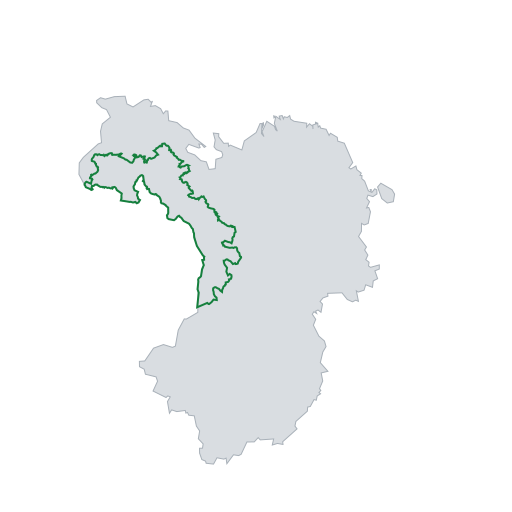 where Inner Mongol sits in China, rotated 255°
{"feature_id": "CHN-1838", "entity_name": "Inner Mongol", "entity_type": "Autonomous Region", "adm_level": 1, "iso_a3": "CHN", "parent_name": "China", "parent_adm1": "", "projection": "albers", "projection_center": [116.94, 45.357], "detail": "fine", "context": "in_parent", "style": "outline", "palette": "green", "viewbox_px": 512, "rotation_deg": 255, "n_neighbors": 0, "source": "natural_earth", "source_scale": "10m", "svg_char_len": 9802}
<svg xmlns="http://www.w3.org/2000/svg" viewBox="0 0 512 512"><g transform="rotate(255 256 256)"><path d="M269.1,378.0L258.4,372.8L258.0,368.5L260.2,366.4L252.5,364.2L248.3,360.1L236.1,365.0L233.7,362.5L227.9,364.3L224.1,361.1L220.7,363.6L217.3,362.1L215.4,363.7L215.5,372.8L211.5,371.7L210.9,367.0L202.6,367.6L201.6,362.8L195.6,360.4L199.8,354.5L195.0,351.5L194.7,345.4L196.4,343.9L185.7,343.2L187.5,340.9L186.8,337.3L190.4,332.9L198.2,329.5L201.4,315.5L198.6,315.1L198.2,309.9L195.5,306.1L192.4,307.8L184.8,304.2L187.8,301.9L187.3,299.3L184.8,299.7L187.2,297.5L185.2,295.3L179.4,297.3L174.3,293.5L162.3,296.0L156.2,300.1L150.4,300.2L146.0,295.7L136.3,290.5L126.0,295.6L126.2,288.7L118.0,288.1L111.4,283.0L109.3,283.8L107.9,281.5L106.2,282.7L105.0,278.9L101.1,276.9L102.3,274.9L96.6,269.5L96.7,266.8L92.8,265.4L85.9,251.7L81.6,249.6L78.4,250.9L69.7,233.7L67.0,233.3L69.4,228.2L69.2,222.8L74.7,225.7L77.3,212.5L80.0,211.1L76.9,206.2L78.7,199.1L68.3,190.3L67.7,187.6L69.8,182.8L62.9,174.1L68.5,174.8L68.1,172.4L71.2,166.1L66.0,161.1L68.7,154.2L70.9,154.2L73.4,151.0L80.2,150.5L84.9,151.7L84.2,154.6L88.2,156.3L94.4,153.0L101.6,156.3L107.1,154.4L117.6,155.0L119.6,149.9L122.6,149.3L122.4,147.6L125.1,147.7L126.2,139.2L129.2,134.7L126.5,131.7L138.3,132.8L142.1,136.7L143.7,134.6L142.6,132.5L152.2,121.6L160.5,128.5L165.1,128.2L170.4,118.6L175.6,118.7L179.2,114.8L184.4,116.1L183.4,121.4L193.5,133.2L194.4,143.7L189.4,151.6L189.8,154.8L204.5,161.7L213.8,170.4L213.1,172.4L216.6,185.2L248.0,194.0L251.5,198.0L260.8,203.3L266.0,203.0L265.7,204.9L268.7,205.9L281.0,201.5L297.5,202.0L304.5,199.6L308.7,195.0L314.7,192.2L311.8,186.2L315.2,180.4L325.4,183.7L331.6,178.3L338.4,177.8L343.8,170.6L348.4,170.0L349.0,168.0L363.4,167.0L362.4,162.8L355.1,155.8L350.9,155.8L348.5,158.7L345.0,156.8L340.0,158.4L337.9,154.5L344.6,139.8L351.3,142.5L359.0,137.5L358.4,134.6L363.0,124.0L366.5,119.6L365.8,115.5L362.5,114.4L367.2,109.2L380.7,106.1L391.7,109.4L396.0,114.8L405.1,132.6L405.4,136.1L416.7,138.1L423.4,141.7L427.7,151.3L436.1,149.5L439.2,145.4L445.2,141.8L447.5,142.3L449.1,146.8L446.5,151.1L446.6,160.4L444.2,170.9L436.3,170.7L431.8,175.8L435.8,188.1L435.3,192.4L431.5,194.6L432.5,196.1L427.8,192.8L427.3,197.7L423.0,202.0L417.4,203.3L419.5,206.3L418.8,208.4L409.3,206.7L405.3,214.3L398.5,218.9L394.9,223.9L385.6,227.5L374.8,235.8L374.3,234.1L378.1,232.3L378.9,229.8L375.2,230.1L375.1,228.7L381.2,220.0L378.1,216.0L373.8,216.9L369.5,223.0L362.4,227.4L359.8,232.4L351.8,233.0L350.9,239.2L359.8,242.3L360.0,248.5L362.4,250.1L365.7,249.8L369.0,245.2L372.3,243.7L378.6,246.6L385.8,246.6L383.8,251.7L380.9,250.8L373.2,254.0L372.2,258.4L369.0,257.9L369.8,259.8L362.1,269.8L370.2,274.5L375.2,288.1L382.9,294.2L382.4,296.0L372.9,293.0L369.3,294.6L374.4,294.0L383.3,301.3L376.5,307.4L373.0,307.6L371.1,308.9L379.3,308.0L385.8,311.3L381.6,314.8L385.1,314.6L384.9,317.6L381.3,317.9L383.2,319.3L381.7,322.0L382.9,324.9L379.3,324.8L376.3,327.6L371.1,339.4L367.4,338.2L369.9,341.9L366.6,344.4L363.9,343.9L367.9,344.8L368.1,349.9L364.4,349.5L365.3,351.3L362.8,351.5L360.3,356.5L353.5,357.8L355.3,359.7L349.6,365.2L345.8,364.7L342.1,370.5L321.2,373.6L317.2,368.6L315.5,370.1L317.1,375.8L313.2,375.8L308.8,379.1L306.9,377.3L306.3,379.2L303.3,378.2L300.2,380.3L289.9,381.4L287.4,384.4L290.2,388.1L288.6,389.8L284.6,388.9L283.1,384.3L285.8,379.9L282.9,377.9L279.1,379.7L273.8,375.2L273.7,377.5L269.1,378.0ZM291.2,391.3L294.0,395.4L284.9,404.5L279.9,405.9L272.9,402.7L273.2,396.5L278.9,392.3L291.2,391.3ZM383.3,297.7L380.7,297.3L378.2,295.3L380.2,295.6L383.3,297.7ZM387.3,309.5L385.3,310.1L384.8,309.1L387.3,309.5ZM369.8,348.1L368.7,349.5L368.8,347.8L369.8,348.1ZM288.5,384.0L290.6,383.5L290.4,384.5L288.5,384.0Z" fill="#d9dde1" stroke="#a8b0b8" stroke-width="1"/><path d="M340.1,158.4L338.1,156.4L337.8,154.5L339.5,153.5L339.5,151.0L340.8,149.0L340.9,148.1L344.6,139.8L346.7,141.1L349.1,141.6L351.1,142.5L355.6,138.6L358.1,138.2L359.3,137.3L359.5,135.1L358.4,135.0L358.2,134.7L358.8,134.2L359.0,132.9L360.1,131.6L360.2,130.2L361.4,128.7L361.6,127.8L361.4,127.4L361.7,127.4L361.7,126.9L362.2,126.4L362.1,125.9L362.4,125.8L363.1,123.5L365.2,121.5L366.0,121.2L366.3,120.5L366.2,120.0L366.6,119.4L366.4,118.4L365.7,117.4L366.1,115.7L364.7,114.9L362.7,115.5L362.5,115.2L362.4,114.0L363.7,113.0L366.5,109.4L368.4,109.2L369.1,108.8L370.6,109.6L370.9,110.3L371.4,110.7L371.6,111.5L368.5,115.3L371.4,116.8L372.2,117.8L373.1,117.6L374.0,115.7L374.8,116.0L375.7,117.4L377.1,117.7L377.2,118.2L376.5,118.8L377.4,121.3L377.2,122.3L377.9,123.5L378.3,124.5L379.5,125.6L380.0,125.5L380.5,125.9L381.5,125.8L382.5,126.4L383.3,126.1L383.6,125.3L385.3,125.0L386.5,125.3L386.9,124.6L388.0,124.7L388.9,124.3L390.3,122.0L391.4,122.2L392.3,122.7L393.7,124.7L395.4,125.9L395.9,126.9L395.6,127.9L395.4,127.8L394.8,128.9L394.5,129.1L394.8,129.5L394.9,130.9L393.8,131.9L393.2,134.0L392.4,135.0L392.8,135.3L392.3,135.5L392.6,135.7L392.1,136.3L392.5,137.0L392.1,137.5L392.4,137.7L392.5,138.8L392.0,138.9L392.7,139.8L392.6,140.1L393.0,140.7L392.9,142.6L392.5,143.4L391.0,143.2L390.7,143.8L390.8,144.3L389.9,147.1L389.9,148.1L389.6,148.8L389.6,150.4L390.0,151.6L389.8,152.5L389.6,152.7L389.2,152.1L388.5,150.7L388.3,149.5L387.9,149.2L384.5,153.7L382.9,154.8L382.5,155.9L378.9,158.7L378.1,160.5L379.2,162.1L380.5,162.8L382.4,164.8L383.1,165.1L384.2,163.8L384.6,163.9L384.8,164.5L385.1,164.4L385.3,163.9L385.5,164.2L385.6,164.6L385.2,165.5L384.4,166.4L382.1,166.5L382.1,168.3L383.3,169.8L383.0,170.7L381.2,171.1L381.2,173.8L380.9,174.4L379.6,173.6L379.0,172.5L378.0,173.7L376.5,172.4L375.2,172.2L375.1,172.3L375.4,173.2L374.5,174.6L375.2,175.1L376.3,175.0L376.6,175.4L376.6,176.3L377.5,176.9L378.1,177.7L378.2,178.9L377.2,179.6L377.0,180.1L377.4,183.5L379.0,185.7L379.2,187.6L381.9,186.4L384.1,184.6L384.3,185.7L385.2,187.3L385.9,187.7L385.8,188.7L387.3,191.7L387.3,192.3L386.6,192.3L386.3,193.6L388.6,194.5L388.3,196.9L386.1,197.8L385.6,198.3L385.4,199.3L384.9,199.7L383.1,200.4L380.7,199.5L380.5,199.9L381.0,200.8L380.8,201.2L380.1,201.4L378.5,200.8L377.9,201.2L377.6,202.4L376.6,203.2L376.0,203.2L375.5,202.6L374.4,202.9L372.2,205.2L371.5,204.9L369.8,206.1L368.9,206.3L368.7,207.4L367.9,208.0L366.8,209.5L366.5,210.3L366.1,210.2L366.0,208.9L364.5,206.6L364.7,206.0L363.4,205.7L363.0,204.7L362.5,204.4L362.3,205.0L361.5,205.3L360.9,206.1L361.7,207.1L361.3,209.8L362.0,212.5L361.8,213.3L361.0,214.2L361.0,213.8L358.6,213.7L358.2,213.3L357.6,213.7L356.1,213.6L355.3,213.9L355.2,212.9L354.9,212.7L355.0,211.8L354.4,211.5L353.9,210.2L354.1,209.8L354.6,210.2L354.9,209.9L355.0,209.2L354.7,208.8L354.7,207.5L354.4,207.3L354.1,207.8L353.7,207.8L353.5,206.5L352.8,206.1L353.1,205.6L353.0,204.7L351.6,203.2L351.6,202.7L350.2,203.2L349.8,202.7L349.1,204.1L347.1,203.9L345.7,204.6L345.3,205.4L345.7,206.3L345.5,207.1L345.7,207.5L345.1,208.2L343.9,208.7L343.5,208.4L342.9,208.5L342.4,208.0L340.3,209.8L339.6,208.7L339.2,208.6L335.7,210.4L335.5,210.7L335.7,211.3L335.0,211.6L332.7,211.3L332.7,209.7L333.1,209.2L332.6,206.6L332.3,206.3L332.0,206.7L330.7,206.7L329.8,208.2L328.6,209.3L328.2,211.4L327.1,211.9L326.5,212.8L326.3,213.9L326.7,214.3L326.8,215.0L326.2,215.1L326.0,215.6L325.7,215.6L326.9,217.1L327.1,218.0L327.7,218.7L326.9,219.6L327.1,220.8L324.5,221.3L322.9,222.2L322.0,222.1L321.4,221.2L320.6,221.4L319.6,221.8L318.7,223.0L318.1,223.3L316.0,222.1L315.1,222.6L313.8,224.5L312.5,227.1L311.9,227.6L311.3,227.9L310.8,227.5L309.3,227.3L309.0,228.4L308.5,229.0L307.3,229.1L306.8,229.5L306.4,229.1L307.2,227.8L306.4,227.8L305.1,228.6L303.7,230.4L302.9,229.2L301.7,229.6L300.9,228.6L300.2,228.5L300.5,229.8L299.0,230.6L298.0,231.6L296.9,231.9L295.9,233.7L294.9,233.9L294.2,235.0L293.2,235.5L292.2,236.6L291.4,238.3L291.9,239.5L291.1,240.8L290.5,240.2L290.1,240.5L289.6,242.8L284.5,242.6L284.0,241.3L280.6,239.8L280.2,238.4L279.1,237.6L278.4,237.7L276.9,237.2L274.6,235.7L276.0,234.4L276.6,232.9L278.8,229.9L277.9,228.2L277.8,226.6L276.7,226.6L275.9,227.2L274.6,227.0L274.3,228.1L273.1,228.3L270.7,232.7L270.3,235.3L269.6,236.3L269.9,237.6L269.5,239.2L268.3,239.7L266.5,239.3L265.6,239.4L264.2,239.9L263.3,240.6L260.0,240.4L259.1,241.3L258.3,241.2L255.0,237.3L253.4,236.4L253.3,235.1L253.5,234.2L254.5,234.0L254.2,231.6L257.5,230.1L259.1,228.1L259.8,227.8L260.3,227.1L260.4,226.5L259.6,224.5L259.8,223.6L257.8,223.3L255.8,223.5L252.1,225.0L248.5,223.3L244.5,223.9L245.5,225.9L243.9,227.3L242.2,227.0L240.6,226.1L240.8,225.6L240.1,224.4L240.3,223.8L239.2,223.7L238.2,222.4L238.3,219.9L236.3,219.4L236.2,218.7L235.3,218.1L235.2,217.3L234.9,216.7L233.1,215.6L232.2,214.6L230.1,213.9L231.7,212.6L233.9,211.7L234.8,210.4L236.3,209.0L236.5,207.9L235.9,206.3L234.2,205.7L232.3,205.8L230.1,205.4L227.8,205.9L226.0,207.1L223.6,206.7L224.9,203.7L223.0,201.2L221.7,198.3L221.9,197.7L223.3,196.8L221.7,185.9L235.4,191.2L239.0,190.9L246.2,193.7L248.2,194.0L249.4,194.9L250.0,196.7L250.8,197.7L257.1,200.4L260.7,203.2L266.0,203.0L265.8,204.9L268.2,205.4L268.7,205.9L270.3,204.8L281.0,201.5L290.1,201.1L294.0,202.0L295.1,201.7L298.4,202.0L299.7,201.2L302.2,200.6L304.5,199.7L308.5,195.2L312.3,193.8L313.6,192.5L314.7,192.3L314.8,191.5L314.3,190.2L312.6,188.1L311.8,186.1L314.2,181.2L315.6,180.2L318.4,180.5L319.4,181.8L320.3,182.4L325.5,183.7L327.4,182.3L328.6,181.9L330.7,179.9L331.4,178.3L332.5,178.0L333.9,178.5L336.3,178.4L338.3,177.9L340.4,176.0L341.4,175.7L341.9,174.9L341.7,173.9L342.6,172.2L343.8,170.6L345.3,169.8L348.4,170.0L348.9,168.6L348.8,168.2L349.8,167.9L350.4,168.6L351.2,168.6L351.8,167.8L353.9,166.8L356.6,167.1L357.4,166.3L357.7,166.8L358.1,166.5L358.7,167.2L362.4,167.7L363.4,167.1L363.7,166.6L363.5,165.0L362.8,164.2L362.3,162.8L359.8,160.6L359.9,160.1L358.9,159.7L358.6,158.5L356.7,157.7L354.9,155.7L353.3,155.4L350.9,155.7L348.5,158.7L346.8,157.4L345.4,156.8L343.5,157.1L342.0,156.9L341.1,157.4L340.1,158.4Z" fill="none" stroke="#15803d" stroke-width="2"/></g></svg>